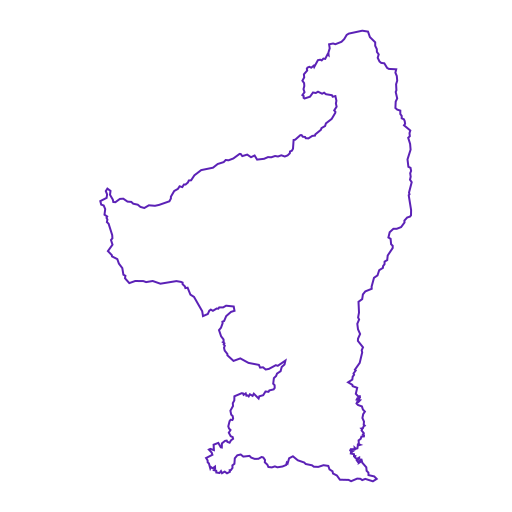 the district of Pua, Nan, Thailand
{"feature_id": "78962969B90193228805954", "entity_name": "Pua", "entity_type": "district", "adm_level": 2, "iso_a3": "THA", "parent_name": "Thailand", "parent_adm1": "Nan", "projection": "natural_earth1", "projection_center": [100.983, 19.171], "detail": "fine", "context": "isolated", "style": "outline", "palette": "violet", "viewbox_px": 512, "rotation_deg": 0, "n_neighbors": 0, "source": "geoboundaries", "source_scale": "gbopen_adm2", "svg_char_len": 6060}
<svg xmlns="http://www.w3.org/2000/svg" viewBox="0 0 512 512"><path d="M396.2,69.3L388.8,68.9L387.1,67.9L384.3,63.3L381.2,62.9L379.5,61.5L377.7,57.8L378.7,54.4L376.9,51.9L376.8,49.1L375.2,45.8L375.2,42.3L369.9,37.1L368.0,31.6L362.3,30.7L348.8,33.6L346.7,34.9L344.2,39.1L341.5,41.8L335.4,44.2L333.1,43.5L329.1,44.3L329.7,48.3L328.4,52.7L328.6,55.3L327.5,54.4L325.2,58.9L323.4,58.6L321.7,60.4L320.2,59.7L317.9,60.2L314.2,67.0L313.7,65.7L311.2,67.7L309.4,66.8L307.5,67.6L306.8,68.8L307.2,70.5L303.9,74.3L304.2,77.4L302.4,80.7L304.1,83.1L304.3,86.0L303.5,89.1L304.5,92.2L302.4,95.1L303.7,96.1L303.6,97.8L304.5,98.5L310.0,96.7L313.0,92.5L315.8,93.0L318.0,91.7L322.1,93.7L324.1,92.7L325.9,94.2L331.9,95.2L332.7,96.7L335.4,96.1L336.4,100.7L335.9,103.5L336.6,106.7L334.2,110.4L335.4,111.8L335.3,112.8L331.7,118.9L325.9,123.4L325.1,126.0L321.5,128.1L320.9,129.8L315.3,134.4L315.0,135.6L312.3,135.9L308.4,138.4L305.7,138.2L305.1,137.0L302.7,136.7L301.6,135.1L300.4,135.1L295.2,139.7L293.6,140.0L293.0,148.7L291.9,150.7L290.0,151.5L289.8,153.3L287.6,155.4L284.8,156.5L281.3,155.3L278.0,156.5L275.1,156.0L271.2,157.3L268.0,157.1L264.1,158.8L257.1,159.6L254.6,155.5L251.0,157.2L247.2,154.6L242.3,156.1L240.7,154.0L239.6,153.9L233.3,158.5L228.5,160.3L225.7,160.0L223.7,162.1L217.7,164.0L213.0,167.7L201.2,170.1L194.4,175.3L191.1,180.3L188.8,180.5L187.9,182.5L185.6,184.5L183.9,184.5L182.3,187.1L179.6,186.3L177.9,188.9L174.2,191.0L170.9,196.7L170.9,198.5L169.4,201.3L159.1,204.9L155.0,205.8L148.9,205.3L144.3,208.0L140.4,206.9L137.8,204.7L133.2,203.7L131.3,201.9L127.5,201.6L123.3,198.7L119.9,198.9L115.4,202.2L113.3,202.0L112.8,199.6L110.0,194.8L110.5,190.9L107.4,188.6L105.8,191.1L107.1,194.4L106.6,197.9L100.3,201.1L101.2,204.6L103.7,205.5L105.2,209.1L104.5,214.7L107.2,216.5L106.5,217.9L107.4,219.5L106.9,222.1L108.6,223.7L112.2,235.1L112.4,238.3L111.0,240.0L112.5,244.7L107.9,251.1L111.8,255.1L112.0,256.4L117.3,259.1L118.9,263.6L122.3,268.1L123.4,274.7L125.4,275.8L125.0,278.3L129.3,283.1L135.2,281.0L143.4,281.1L146.1,282.1L152.7,281.0L160.4,283.7L176.4,281.1L181.0,281.9L182.6,282.6L182.6,284.2L184.9,286.4L185.4,288.1L187.6,287.7L190.4,294.6L194.0,296.9L202.2,311.2L203.0,316.1L207.8,314.0L209.3,310.7L210.8,309.6L212.9,310.8L216.7,308.5L218.3,308.7L219.2,307.4L223.1,307.4L226.1,305.7L233.7,306.5L234.5,310.8L231.0,311.9L226.2,316.1L224.1,321.0L222.4,321.7L222.6,323.3L221.0,327.7L219.0,330.1L221.1,336.3L223.5,339.4L223.7,341.8L223.0,342.2L224.4,343.3L223.7,344.5L224.8,345.7L224.0,347.8L224.7,350.6L227.4,354.0L227.4,355.3L233.5,360.9L240.3,358.4L248.5,362.9L258.9,364.9L260.1,367.6L263.0,367.3L265.7,369.5L268.9,368.9L275.8,365.2L277.8,365.8L285.4,360.6L284.5,364.5L281.7,367.0L280.6,371.2L277.0,373.6L276.1,376.0L273.9,378.1L273.2,383.7L274.6,385.2L274.7,387.9L273.6,389.4L269.4,390.4L268.5,391.8L265.5,391.5L263.2,395.2L259.3,396.3L258.6,398.5L253.8,393.7L252.6,395.9L249.9,394.3L248.7,396.4L247.6,395.4L246.4,395.7L245.7,393.4L243.6,394.8L243.0,393.4L241.7,393.2L234.4,396.3L234.3,400.4L232.8,403.2L233.0,406.0L230.4,410.7L231.2,414.6L232.7,416.1L233.1,418.6L232.4,420.0L230.7,419.7L229.6,421.1L228.3,426.3L229.0,428.5L230.5,430.0L228.8,432.7L230.7,436.2L232.7,437.1L233.1,438.8L231.0,440.3L229.6,442.7L227.4,441.9L226.7,440.6L225.0,440.9L221.9,443.4L221.8,447.5L220.8,447.3L218.3,442.9L213.6,444.7L213.9,450.1L210.4,448.9L208.9,449.6L211.7,452.6L212.4,454.8L206.1,458.0L207.6,460.4L207.7,462.4L208.9,463.4L210.3,468.5L211.0,467.1L212.7,468.3L215.0,466.6L215.1,468.6L214.0,470.2L216.2,470.7L216.3,472.5L219.5,473.0L221.0,471.1L222.0,473.2L224.7,471.6L227.0,473.3L229.9,471.8L229.7,470.2L230.9,470.1L232.5,467.9L232.4,465.4L234.4,463.8L234.8,458.3L237.3,455.3L240.7,454.5L243.3,456.6L249.5,455.9L251.2,457.6L254.7,458.9L258.4,458.8L261.6,457.0L263.3,457.5L265.0,460.0L264.8,462.3L267.3,464.6L268.4,467.0L271.8,467.4L274.9,466.4L277.4,467.3L282.5,466.5L286.1,465.0L286.8,462.6L287.6,463.5L289.1,458.3L292.9,456.3L297.8,460.3L304.2,462.5L305.7,464.0L312.0,465.3L313.8,466.7L318.3,466.9L323.5,465.2L328.3,465.9L329.5,469.4L332.5,471.3L333.0,473.5L336.9,475.5L339.9,479.7L348.6,479.9L351.1,481.2L357.2,478.6L360.4,478.8L362.2,480.1L365.3,478.9L372.9,481.3L376.7,478.9L374.2,476.4L368.5,475.1L368.4,472.6L366.6,470.8L366.3,467.3L362.3,462.7L361.5,459.6L360.6,459.6L360.4,461.9L358.9,462.9L359.2,461.1L357.8,461.8L356.7,460.2L359.2,458.5L359.2,457.6L356.8,458.9L355.0,457.5L355.3,456.1L354.0,456.2L354.0,454.2L350.8,453.5L351.0,452.5L352.7,451.3L350.8,451.1L350.2,450.4L350.8,449.2L354.7,449.2L354.6,447.6L355.8,448.8L357.4,448.3L357.8,445.5L360.2,444.8L358.2,444.0L358.8,443.2L358.6,440.4L360.7,438.8L361.4,436.6L363.9,436.4L364.0,435.3L362.9,434.6L363.8,433.2L361.6,430.5L362.1,429.2L361.4,428.5L362.9,428.2L363.7,426.1L364.7,425.6L363.7,424.5L364.0,421.6L362.4,418.0L363.2,414.1L364.9,411.6L362.9,409.5L361.9,406.4L358.0,405.0L356.5,403.5L357.3,401.8L358.3,402.1L360.1,400.2L356.7,399.6L357.4,398.3L359.2,398.5L360.0,397.4L359.8,396.2L358.2,396.4L355.8,393.8L357.2,387.8L352.7,386.2L352.3,384.8L348.1,382.3L352.3,379.6L352.7,376.6L354.1,374.8L353.5,373.5L355.7,370.5L354.9,369.7L359.7,362.9L362.2,352.4L361.7,350.2L363.0,347.3L357.9,340.9L358.0,338.7L360.1,334.0L358.0,329.3L357.3,323.8L359.1,319.5L358.1,317.5L359.0,312.6L358.5,301.8L362.2,299.1L362.9,294.4L365.3,291.4L371.7,288.8L371.6,286.6L374.0,277.8L377.5,275.4L379.2,270.2L382.9,267.9L383.1,266.0L384.5,264.3L384.6,261.6L387.2,260.1L387.7,255.5L392.7,248.0L392.7,245.8L391.1,244.2L390.6,238.8L388.4,237.5L389.7,232.2L393.4,228.8L396.7,228.8L401.1,227.1L404.5,222.5L404.4,220.6L407.2,217.5L410.0,216.6L411.0,215.3L411.1,210.1L408.7,195.2L409.5,194.3L409.0,192.6L411.7,182.2L410.0,179.7L410.7,176.7L410.2,173.2L411.1,170.9L410.5,167.8L408.4,166.8L407.5,159.4L410.6,149.6L410.1,143.9L408.2,137.8L409.8,136.2L409.5,133.1L410.3,130.5L404.0,125.3L405.1,123.8L404.7,121.1L403.9,119.3L401.7,118.3L401.7,115.9L400.3,114.0L400.3,110.6L397.2,109.6L395.4,108.0L395.7,101.6L397.2,98.4L395.7,92.0L396.4,90.2L396.1,84.2L397.2,80.7L396.8,76.0L395.4,72.7L396.2,69.3Z" fill="none" stroke="#5b21b6" stroke-width="2"/></svg>